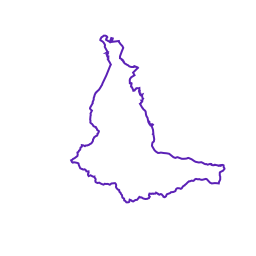 the district of Dumbravita, Brasov, Romania, rotated 241°
{"feature_id": "2599482B55040736650131", "entity_name": "Dumbravita", "entity_type": "district", "adm_level": 2, "iso_a3": "ROU", "parent_name": "Romania", "parent_adm1": "Brasov", "projection": "albers", "projection_center": [25.392, 45.783], "detail": "fine", "context": "isolated", "style": "outline", "palette": "violet", "viewbox_px": 256, "rotation_deg": 241, "n_neighbors": 0, "source": "geoboundaries", "source_scale": "gbopen_adm2", "svg_char_len": 5709}
<svg xmlns="http://www.w3.org/2000/svg" viewBox="0 0 256 256"><g transform="rotate(241 128 128)"><path d="M49.0,193.5L49.8,192.9L50.5,191.4L51.0,189.9L50.9,189.9L50.5,190.2L50.3,190.2L50.9,189.3L51.1,188.7L51.8,188.4L53.3,186.6L53.5,186.0L53.8,186.0L54.1,184.4L55.3,183.1L56.1,183.4L56.8,182.4L57.3,179.9L58.5,179.0L58.7,178.4L59.0,178.0L59.7,177.4L60.8,176.8L62.5,175.6L63.5,173.2L65.7,170.7L66.8,170.0L69.8,168.5L72.5,166.4L72.8,165.6L72.8,164.7L73.5,162.9L74.9,160.2L78.3,157.3L78.6,156.9L78.9,154.9L80.4,153.6L85.5,151.5L87.1,149.6L88.8,147.1L90.6,144.8L90.9,143.6L91.7,142.1L93.8,141.0L95.1,140.6L95.8,140.4L100.4,140.3L100.9,140.4L102.3,141.4L103.2,142.2L103.5,142.6L103.5,143.5L103.8,144.2L105.5,145.5L109.4,146.9L110.0,147.0L110.6,146.8L110.9,147.5L114.3,149.0L117.3,149.5L118.6,149.3L118.8,149.6L118.6,150.8L118.8,151.4L119.4,151.2L119.5,150.8L120.1,150.0L119.8,149.8L119.7,149.4L120.5,149.4L120.9,149.1L121.6,149.0L123.1,149.7L123.6,149.5L122.3,148.7L123.3,148.7L127.4,150.0L129.4,149.9L130.9,150.2L133.6,151.3L134.2,151.4L135.6,151.1L136.9,150.5L137.8,150.6L138.6,150.3L143.3,150.2L143.3,151.1L143.9,151.6L144.2,153.2L144.3,153.3L145.1,153.2L144.8,153.6L145.8,154.5L146.3,155.3L146.6,155.0L147.1,155.3L149.1,155.7L149.8,156.2L150.3,156.8L150.4,155.8L150.2,155.2L150.3,155.0L151.2,154.8L152.3,155.6L153.1,155.1L153.4,155.1L154.4,156.0L154.6,155.5L154.5,155.4L155.0,155.5L156.0,156.6L157.4,157.3L157.5,156.6L158.3,155.5L158.7,154.6L158.7,154.4L158.3,153.9L158.3,153.2L157.8,152.3L157.9,152.2L157.7,151.4L158.0,150.7L159.4,151.1L160.4,151.0L161.0,151.2L161.8,151.2L162.4,150.8L163.0,150.8L163.3,151.3L163.7,151.4L164.9,152.5L165.4,152.8L165.6,152.7L165.6,152.3L165.8,152.2L165.8,151.7L166.2,151.3L169.0,152.7L169.9,153.5L170.8,155.3L171.0,159.3L174.0,159.3L175.5,164.6L175.6,165.2L175.8,165.9L176.3,165.8L178.7,163.8L178.4,163.5L179.0,162.8L178.7,162.4L179.5,160.9L180.2,160.0L181.3,159.0L182.8,158.5L184.3,157.4L184.9,157.2L186.1,156.4L188.2,156.1L188.4,156.5L190.2,155.8L190.3,156.2L191.3,155.8L192.6,155.1L192.9,154.8L194.5,155.7L194.9,156.1L198.1,159.8L200.4,162.7L202.5,162.8L205.2,162.1L206.6,162.0L207.4,161.8L208.5,162.2L211.2,155.5L213.7,158.1L214.8,157.0L212.0,153.8L212.8,153.5L213.6,152.9L215.8,151.6L216.5,152.2L217.1,152.9L217.1,153.4L217.4,153.9L217.8,154.0L218.8,153.7L219.7,153.0L220.5,151.6L220.2,150.0L220.2,148.8L219.0,146.9L218.2,146.4L216.0,147.7L214.6,148.1L212.1,148.2L211.6,148.1L210.6,147.2L210.1,147.0L204.8,147.0L204.4,147.2L204.3,145.6L204.1,146.0L203.8,146.1L203.6,146.7L203.1,146.8L202.5,146.0L202.4,144.9L201.5,145.0L200.9,144.6L200.4,144.6L200.5,145.3L200.2,145.6L199.5,145.2L199.1,144.8L198.1,144.4L198.0,143.7L193.9,143.8L191.7,143.7L191.3,142.9L184.4,134.4L179.2,127.1L178.3,126.2L177.6,124.8L177.0,123.9L175.6,121.3L175.0,118.9L174.9,118.1L174.5,117.7L174.4,117.4L174.5,117.0L174.2,116.4L172.9,114.7L171.9,113.8L171.1,112.8L170.6,112.4L169.5,111.8L167.7,109.5L166.9,109.3L164.3,105.0L163.7,104.4L163.4,104.2L162.3,104.3L160.7,104.9L158.8,102.2L157.3,101.7L156.8,101.1L154.0,99.2L153.5,98.9L152.7,98.8L151.0,97.7L150.1,97.9L148.9,98.5L147.7,98.7L146.5,98.7L145.6,99.2L144.4,100.3L143.8,100.0L143.0,100.4L142.6,100.4L141.3,100.1L139.5,101.0L139.0,100.8L138.0,99.5L137.7,98.4L137.0,98.2L136.7,97.8L136.3,96.9L136.5,96.4L136.5,95.6L136.4,95.4L136.3,94.3L136.2,93.7L135.4,92.9L135.0,91.9L134.2,91.4L133.4,90.7L133.1,90.0L132.7,89.4L132.3,88.1L132.4,86.6L132.2,86.1L132.3,84.9L132.5,84.4L132.5,83.9L133.2,82.5L133.0,81.5L133.2,81.3L134.2,80.8L135.4,79.3L134.1,78.6L133.9,77.0L132.3,75.7L132.1,75.1L132.0,74.3L131.2,73.2L131.1,71.9L129.2,71.2L128.0,70.1L127.5,66.6L127.6,64.9L127.2,63.8L127.3,62.6L125.3,62.5L124.4,63.0L124.3,64.0L123.3,65.3L121.9,66.9L121.1,67.5L120.8,67.5L119.8,67.1L115.9,66.7L115.2,67.3L114.5,67.7L114.1,68.3L113.5,68.5L112.9,69.6L112.9,70.0L112.1,70.5L111.2,70.7L110.3,70.6L110.1,71.0L109.3,71.8L109.2,72.4L108.0,71.9L107.4,70.9L106.5,70.3L105.0,70.3L104.8,72.3L102.8,73.6L102.0,74.3L101.8,75.0L101.5,74.8L100.2,74.8L99.6,75.0L98.9,74.8L98.4,74.6L98.0,74.0L96.8,73.5L96.3,73.5L94.7,74.6L94.1,76.4L92.8,77.1L91.2,78.3L90.3,79.2L90.5,80.6L89.7,81.6L89.1,82.9L88.6,83.5L87.2,84.6L87.5,86.6L86.1,89.9L85.0,90.2L83.8,90.0L82.3,88.9L81.4,88.8L79.7,89.1L78.7,89.5L78.4,90.0L78.0,90.2L76.9,89.7L76.1,89.6L75.7,89.9L74.8,90.1L74.5,89.9L73.5,89.9L72.3,90.2L69.9,89.4L69.0,89.8L68.3,90.3L67.9,90.3L67.1,89.8L66.5,89.6L65.9,90.1L64.9,90.4L63.9,90.5L63.5,90.9L62.8,92.5L62.8,93.2L63.5,94.0L64.0,94.2L64.5,94.7L63.0,95.9L62.3,96.0L61.3,96.8L61.2,97.2L61.4,98.4L61.4,99.7L60.8,101.0L60.9,101.5L62.2,104.5L61.4,104.9L61.4,105.3L61.0,105.8L60.6,106.3L59.6,106.7L58.4,107.7L57.4,108.9L56.7,110.6L56.7,111.7L56.5,112.3L57.0,112.8L57.3,113.7L58.8,113.6L59.2,113.8L59.9,114.6L59.9,114.8L60.2,115.0L60.1,115.3L59.1,116.3L59.0,117.3L58.8,117.6L58.3,117.9L58.2,118.2L58.0,118.5L58.1,118.9L57.9,119.1L57.3,120.3L57.4,120.7L57.8,121.2L55.9,122.4L55.6,122.3L54.8,122.8L54.4,123.2L54.5,124.3L53.8,125.2L50.9,125.9L50.7,125.7L50.0,126.1L49.7,126.5L49.7,127.1L49.9,128.2L50.8,129.2L51.2,130.0L50.7,132.9L50.7,133.4L51.0,134.5L50.1,136.5L49.9,137.9L49.9,138.9L51.2,140.4L51.4,141.2L51.4,142.0L51.1,142.6L50.1,144.0L49.2,144.7L49.2,145.7L49.4,146.1L50.3,147.8L50.4,149.2L50.3,149.6L50.6,150.1L50.9,151.9L51.5,153.8L51.8,155.6L51.4,156.1L51.1,158.2L50.3,159.1L50.1,159.5L50.1,160.2L50.3,160.8L50.6,161.4L50.5,162.8L49.1,164.4L48.8,165.5L48.0,166.1L46.9,167.4L46.6,168.1L45.8,171.3L45.5,171.7L45.0,172.1L40.5,173.2L38.9,174.4L37.7,177.3L36.0,179.9L35.5,180.5L36.9,181.7L37.5,182.7L38.3,183.7L40.8,185.1L42.1,185.3L44.4,186.6L44.6,186.9L44.7,187.0L44.7,188.0L44.6,190.5L45.3,192.0L45.5,192.6L46.1,192.8L47.4,192.7L49.0,193.5Z" fill="none" stroke="#5b21b6" stroke-width="2"/></g></svg>